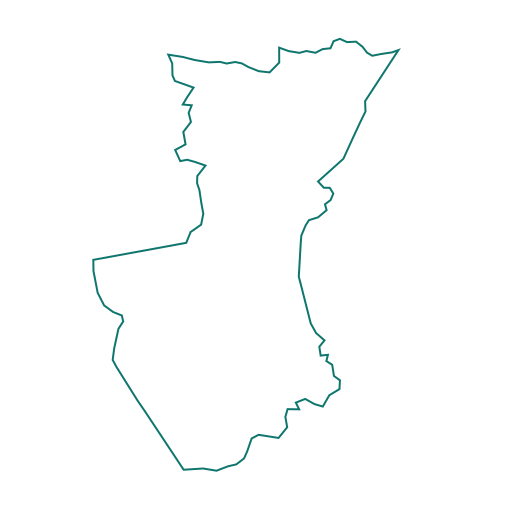 the district of Vertentes, Pernambuco, Brazil, rotated 174°
{"feature_id": "56859067B5298585337072", "entity_name": "Vertentes", "entity_type": "district", "adm_level": 2, "iso_a3": "BRA", "parent_name": "Brazil", "parent_adm1": "Pernambuco", "projection": "mercator", "projection_center": [-35.993, -7.889], "detail": "fine", "context": "isolated", "style": "outline", "palette": "teal", "viewbox_px": 512, "rotation_deg": 174, "n_neighbors": 0, "source": "geoboundaries", "source_scale": "gbopen_adm2", "svg_char_len": 1553}
<svg xmlns="http://www.w3.org/2000/svg" viewBox="0 0 512 512"><g transform="rotate(174 256 256)"><path d="M229.1,99.0L231.7,106.0L222.0,108.7L213.3,102.6L205.3,99.3L197.6,109.9L186.9,114.9L185.5,123.6L191.0,128.5L191.6,139.8L197.0,144.2L194.8,150.2L202.1,150.2L202.5,159.2L196.7,164.9L204.3,173.1L208.6,183.2L214.1,221.0L215.6,231.0L210.2,264.0L208.8,271.5L203.5,281.2L199.6,286.1L190.2,288.0L181.0,294.2L182.0,300.2L175.9,303.9L172.6,310.0L175.5,316.1L181.4,316.8L186.5,323.6L158.9,343.6L147.4,363.1L142.9,370.6L138.4,378.1L132.0,388.3L131.3,398.6L92.8,445.9L99.3,444.3L110.8,443.8L119.4,443.0L124.3,446.6L128.1,452.8L134.1,458.7L143.1,459.2L149.9,463.2L156.4,461.5L160.2,454.8L168.1,454.8L175.6,451.9L184.5,454.6L191.6,453.5L202.2,456.4L211.2,460.8L212.7,445.9L223.3,437.2L233.9,439.5L243.8,444.7L249.9,449.0L256.4,451.1L265.1,450.5L271.4,452.8L282.7,453.5L296.4,457.3L308.0,461.6L322.2,465.4L319.2,456.3L320.2,444.4L318.3,438.5L300.5,430.0L307.7,421.3L313.0,414.3L304.2,412.6L308.0,405.4L306.7,396.1L315.3,387.0L314.4,374.4L325.3,369.9L321.4,358.3L314.4,358.9L307.0,356.0L296.8,351.2L306.0,341.7L307.0,334.6L305.4,327.5L304.8,313.9L304.0,303.5L307.3,292.9L318.5,286.7L324.0,276.4L418.2,269.2L419.2,257.9L417.3,235.9L412.2,222.7L403.9,215.2L395.7,210.9L394.9,204.8L400.4,198.0L406.7,178.9L409.4,167.6L406.1,159.7L388.7,124.2L382.4,112.6L350.3,51.0L330.8,50.2L317.7,46.6L305.8,49.8L297.4,50.8L289.0,56.0L285.2,62.6L279.4,75.0L272.1,77.9L252.6,72.7L242.9,82.4L243.6,92.9L240.6,100.4L229.1,99.0Z" fill="none" stroke="#0f766e" stroke-width="2"/></g></svg>